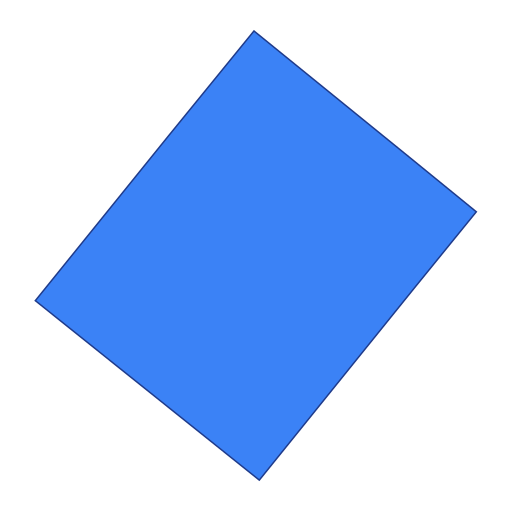 the district of Garfield, Oklahoma, United States of America, rotated 129°
{"feature_id": "52423323B99576880853175", "entity_name": "Garfield", "entity_type": "district", "adm_level": 2, "iso_a3": "USA", "parent_name": "United States of America", "parent_adm1": "Oklahoma", "projection": "albers", "projection_center": [-97.826, 36.379], "detail": "fine", "context": "isolated", "style": "filled", "palette": "blue", "viewbox_px": 512, "rotation_deg": 129, "n_neighbors": 0, "source": "geoboundaries", "source_scale": "gbopen_adm2", "svg_char_len": 287}
<svg xmlns="http://www.w3.org/2000/svg" viewBox="0 0 512 512"><g transform="rotate(129 256 256)"><path d="M83.0,112.6L82.7,199.8L82.4,399.2L217.5,399.6L313.6,399.5L429.6,399.4L428.1,112.4L427.6,112.4L178.7,112.8L83.0,112.6Z" fill="#3b82f6" stroke="#1e3a8a" stroke-width="1.5"/></g></svg>